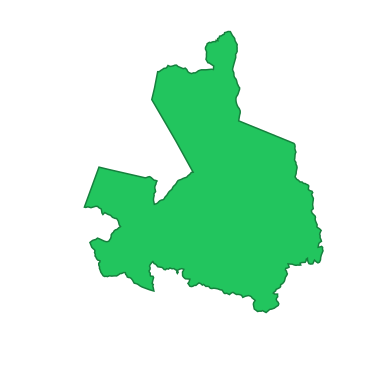 Quixadá, Ceará, Brazil (Mercator projection), rotated 250°
{"feature_id": "56859067B59231090145989", "entity_name": "Quixadá", "entity_type": "district", "adm_level": 2, "iso_a3": "BRA", "parent_name": "Brazil", "parent_adm1": "Ceará", "projection": "mercator", "projection_center": [-38.963, -4.916], "detail": "fine", "context": "isolated", "style": "filled", "palette": "green", "viewbox_px": 384, "rotation_deg": 250, "n_neighbors": 0, "source": "geoboundaries", "source_scale": "gbopen_adm2", "svg_char_len": 6007}
<svg xmlns="http://www.w3.org/2000/svg" viewBox="0 0 384 384"><g transform="rotate(250 192 192)"><path d="M329.6,282.9L330.5,280.8L330.4,278.7L330.6,277.2L329.2,276.1L329.2,274.7L328.7,273.0L329.0,271.2L327.6,270.3L327.4,268.6L325.3,268.1L326.4,266.6L325.1,265.7L325.8,264.2L326.1,262.2L325.8,260.9L326.7,259.5L326.2,257.0L324.9,256.1L324.0,254.9L322.8,253.9L321.5,253.5L320.1,253.7L318.5,253.6L316.6,252.7L314.3,251.9L313.0,251.2L311.9,250.5L308.0,251.2L307.2,252.5L305.7,253.5L303.0,255.5L299.8,254.0L300.7,252.3L302.1,246.7L303.6,242.6L303.7,241.2L303.7,239.4L303.1,237.5L302.8,235.7L303.4,234.4L303.5,231.9L305.1,230.1L306.6,229.2L308.8,229.0L310.7,228.1L310.9,225.9L312.5,224.2L314.9,221.6L316.5,220.9L317.0,219.4L317.0,217.4L317.1,215.9L317.5,214.3L319.1,212.7L317.7,211.0L317.3,209.6L317.8,208.0L317.2,205.8L316.9,204.2L316.3,202.5L316.8,200.9L302.3,192.2L292.6,185.8L287.7,186.7L264.5,190.9L244.8,194.4L210.2,199.8L210.6,198.0L209.4,196.1L208.7,193.9L207.7,192.0L207.8,189.9L207.8,188.0L207.5,186.2L207.6,184.1L207.5,182.8L206.6,181.4L205.4,180.1L204.5,178.6L203.6,176.4L202.3,174.9L201.3,173.9L200.7,171.9L199.9,170.2L197.4,167.0L196.8,165.5L196.0,164.4L195.1,163.5L194.6,162.0L194.9,160.7L194.8,158.9L194.2,157.3L193.4,155.9L193.2,154.6L193.3,152.4L197.6,153.0L199.4,153.8L201.6,155.2L203.4,155.6L204.8,157.9L206.6,158.2L208.0,158.3L209.6,158.8L210.8,159.8L211.7,160.8L213.2,161.6L214.3,162.9L215.3,161.9L215.9,160.6L217.5,159.6L219.5,158.6L220.9,157.5L221.2,155.8L221.1,154.5L221.3,152.9L242.0,120.9L247.2,113.1L214.6,85.7L213.8,86.9L213.7,89.1L211.8,91.7L211.5,96.7L210.7,98.5L209.4,98.9L207.0,100.9L203.0,100.2L201.3,100.6L202.5,103.0L201.3,104.0L199.6,105.5L198.0,107.5L196.6,108.1L195.4,108.6L194.5,109.6L193.5,110.7L192.9,112.0L191.5,112.5L189.7,112.8L187.9,112.6L186.0,112.4L183.9,113.0L183.5,111.1L182.5,108.8L182.6,107.1L182.2,105.7L181.0,104.3L180.5,102.9L179.5,101.5L177.8,100.8L176.2,99.7L174.2,96.9L174.3,95.5L174.7,94.3L175.9,92.7L180.1,88.5L181.0,87.4L180.3,85.4L180.5,83.3L180.5,81.9L180.0,80.5L179.5,78.8L174.5,78.9L172.8,79.6L171.1,80.6L169.8,80.7L168.5,79.7L166.6,79.8L165.0,79.0L163.4,79.5L162.0,79.5L160.2,80.2L158.9,82.0L157.7,81.5L157.0,80.0L155.2,79.4L153.3,79.5L151.9,78.9L150.2,79.0L147.8,78.9L145.7,79.4L143.6,79.9L142.5,81.0L142.2,82.5L141.4,83.6L141.5,85.7L140.4,87.8L140.0,89.4L139.6,90.8L138.9,92.5L139.4,94.9L139.9,96.4L139.5,98.0L139.7,100.2L139.0,101.8L137.3,101.5L135.9,102.1L134.3,102.1L133.3,103.2L132.7,104.5L131.5,105.3L129.4,106.0L127.9,106.2L126.1,106.5L125.3,107.8L124.2,109.2L123.0,110.1L121.6,111.0L119.8,112.6L114.7,118.6L112.0,122.3L115.0,122.8L117.1,123.0L118.4,124.0L119.5,123.2L121.0,124.1L122.9,125.3L124.6,126.6L126.1,126.5L127.2,124.3L128.6,124.4L130.1,125.0L131.4,124.5L132.6,124.7L133.7,126.1L135.1,126.7L136.9,126.7L138.2,128.0L139.2,129.7L140.0,131.4L137.7,131.9L136.5,133.2L133.4,134.3L131.5,137.9L130.1,138.8L128.8,139.2L128.0,140.6L128.7,141.8L127.6,143.5L128.2,145.2L126.7,146.9L126.2,148.9L124.6,149.9L123.2,151.1L123.7,153.8L123.5,156.2L122.1,157.9L120.9,156.8L120.1,155.7L116.5,154.5L114.6,155.0L112.7,156.1L111.6,158.6L110.8,160.2L108.5,158.5L107.5,156.9L106.0,157.4L104.3,157.7L103.4,158.9L103.1,160.5L103.5,162.0L102.9,163.7L103.5,165.3L104.2,167.4L103.0,168.8L101.0,169.9L101.2,171.3L99.9,172.0L98.5,172.8L98.2,174.0L97.4,175.5L95.3,176.3L94.5,177.6L94.3,179.1L93.8,180.3L92.9,181.9L92.0,183.3L90.4,185.1L89.8,186.5L87.8,187.2L86.5,187.3L85.3,188.2L85.0,190.0L82.8,192.1L83.4,193.6L83.7,194.9L83.7,196.2L82.1,197.4L80.5,198.7L80.0,200.4L79.0,202.2L77.8,203.3L75.6,203.7L75.8,206.4L75.4,209.6L74.4,211.0L73.4,211.9L71.8,212.3L70.6,213.1L68.5,214.3L67.0,212.2L65.7,211.3L64.1,211.0L62.7,210.8L60.7,210.5L58.6,212.0L57.3,212.7L56.9,214.9L56.3,216.3L56.4,217.7L53.4,220.4L54.0,222.1L55.1,224.9L54.7,226.9L54.7,229.6L55.5,232.4L55.9,234.2L57.2,235.3L59.0,235.2L60.4,234.5L62.3,234.4L63.6,235.4L64.2,236.7L65.5,237.0L66.8,237.5L67.8,234.8L69.2,233.8L70.0,235.3L70.5,236.8L71.7,237.7L71.9,239.9L72.1,241.6L72.7,242.8L74.6,243.6L75.0,245.8L75.9,247.4L76.8,248.5L78.4,249.6L79.9,250.6L81.3,252.5L82.4,253.6L83.8,253.5L85.4,253.7L86.8,253.1L88.2,254.0L87.9,255.8L88.2,257.6L91.6,257.7L90.8,259.4L89.9,261.5L88.4,263.2L87.5,264.7L87.3,266.1L86.6,267.8L86.2,269.2L88.1,269.2L88.2,271.0L87.2,274.3L88.2,275.6L89.8,276.4L90.2,277.8L88.6,277.3L86.7,277.2L84.7,277.4L83.7,278.8L83.2,280.9L84.6,282.3L86.1,283.8L83.7,285.0L82.3,286.1L82.5,287.8L84.2,289.5L86.4,290.5L88.5,291.9L90.5,293.7L91.9,295.0L93.7,295.1L95.3,295.8L96.6,295.2L96.6,293.9L96.9,291.6L98.4,292.4L100.3,293.6L101.0,295.2L101.4,296.8L103.4,296.9L105.1,296.7L107.3,297.5L108.7,297.5L109.9,298.4L111.7,300.2L113.1,299.6L114.3,298.9L115.4,298.0L116.6,297.4L118.4,298.4L121.5,298.2L123.2,298.2L124.7,298.5L125.8,299.3L127.1,299.5L131.3,297.6L133.4,297.7L134.3,298.7L134.8,300.2L138.8,301.0L141.4,302.3L142.8,303.1L144.6,303.9L147.0,303.6L149.1,303.7L150.1,305.2L151.7,305.0L152.9,303.3L154.5,302.2L156.0,302.8L157.7,303.8L159.1,303.3L160.1,302.1L161.2,301.3L162.0,299.7L163.7,298.9L164.5,297.0L166.7,296.0L168.0,294.8L171.0,294.0L173.6,296.1L175.4,296.9L177.1,297.9L178.8,299.0L180.5,299.4L182.6,299.2L184.4,299.8L185.7,299.4L187.1,299.3L188.3,300.0L190.0,300.8L191.6,301.5L192.8,302.2L193.9,303.3L195.8,303.3L197.7,303.5L199.7,304.5L201.6,304.8L202.9,304.3L242.9,260.2L244.7,261.2L247.9,263.0L249.8,264.3L251.7,265.0L254.1,264.9L256.6,264.2L258.5,264.1L260.0,264.1L262.1,264.4L263.9,264.9L265.5,265.6L266.5,266.5L267.4,267.8L268.6,269.0L270.1,270.1L272.0,271.7L273.6,272.4L275.0,271.9L276.7,271.8L278.3,271.6L279.8,271.8L281.9,272.0L283.6,271.8L285.0,271.2L286.9,271.2L288.8,271.8L290.2,272.1L291.7,271.9L293.2,272.0L294.4,272.7L295.6,273.5L298.3,275.4L300.9,277.3L302.1,278.1L303.2,279.0L304.9,279.6L306.5,280.1L307.5,281.4L308.8,282.6L310.3,283.0L312.0,283.7L313.6,284.1L315.1,284.9L317.3,284.5L319.5,284.2L321.7,284.6L323.9,284.0L325.2,283.5L329.6,282.9ZM123.2,151.1L121.9,150.2L120.5,150.4L121.4,151.6L123.2,151.1Z" fill="#22c55e" stroke="#15803d" stroke-width="1.5"/></g></svg>